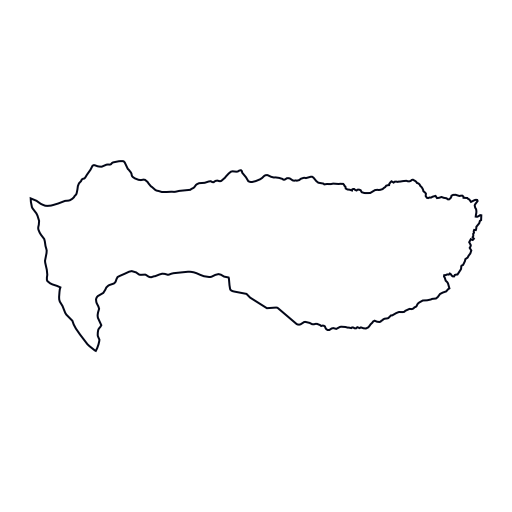 Othaya, Central, Kenya (Mercator projection)
{"feature_id": "3690345B44721723206287", "entity_name": "Othaya", "entity_type": "district", "adm_level": 2, "iso_a3": "KEN", "parent_name": "Kenya", "parent_adm1": "Central", "projection": "mercator", "projection_center": [36.828, -0.553], "detail": "fine", "context": "isolated", "style": "outline", "palette": "ink", "viewbox_px": 512, "rotation_deg": 0, "n_neighbors": 0, "source": "geoboundaries", "source_scale": "gbopen_adm2", "svg_char_len": 6028}
<svg xmlns="http://www.w3.org/2000/svg" viewBox="0 0 512 512"><path d="M97.2,348.1L98.5,344.4L99.3,340.9L99.4,339.7L97.9,336.2L97.7,335.1L97.8,332.5L98.2,330.0L98.8,328.7L100.4,326.8L101.3,325.2L97.9,317.8L97.7,316.5L97.6,315.2L98.0,312.6L99.1,308.8L98.4,306.5L96.7,303.2L96.3,301.9L96.0,299.4L96.4,298.1L97.0,297.0L97.8,296.1L103.3,292.9L105.3,289.7L106.3,287.5L108.1,285.8L109.2,285.1L113.9,283.5L114.8,282.7L115.6,281.7L116.5,279.1L117.6,277.0L120.0,275.8L124.6,273.8L129.1,271.7L131.7,271.1L136.1,272.4L139.0,274.5L140.0,274.8L141.5,274.8L145.2,274.6L146.1,275.0L148.5,276.6L149.8,277.1L151.3,277.2L154.0,276.3L155.1,276.2L159.4,274.5L162.2,273.7L164.8,273.9L167.9,274.8L169.0,274.6L171.4,273.7L173.5,273.2L188.3,271.7L190.7,271.8L193.7,272.3L196.5,273.2L200.1,274.8L203.8,276.2L209.1,277.0L210.3,277.0L211.6,276.7L215.3,274.9L218.5,274.1L220.9,274.7L224.1,276.6L228.6,277.5L228.9,278.5L229.5,285.3L230.0,288.4L230.3,289.6L231.4,290.6L232.8,291.2L234.5,291.6L246.5,293.9L250.1,297.6L266.9,308.2L275.3,307.6L276.9,307.6L277.9,308.1L296.7,324.1L298.1,324.6L299.5,324.6L300.6,324.3L304.2,322.0L305.4,321.9L309.6,322.9L312.1,324.2L313.9,324.3L315.4,323.9L317.1,323.9L320.1,325.1L321.2,326.0L322.4,325.6L323.7,325.7L324.9,326.4L325.5,328.0L326.3,329.2L327.6,330.0L329.3,330.0L331.6,328.5L333.3,328.1L336.3,328.9L339.8,327.0L341.1,326.7L345.5,327.0L347.6,327.6L348.8,327.6L351.3,328.1L352.1,327.4L353.2,327.5L354.7,328.3L356.1,328.3L357.3,327.2L359.6,328.1L360.9,327.4L363.6,328.3L365.9,328.5L368.2,327.4L369.2,326.3L370.6,324.3L372.3,322.7L373.1,321.5L374.6,320.7L377.0,321.7L379.5,322.0L380.6,321.6L381.5,320.6L382.4,320.3L383.3,319.3L384.7,318.7L387.2,318.4L388.3,318.1L391.0,315.4L392.2,315.4L396.0,313.2L397.6,312.5L399.0,312.0L402.7,312.1L404.3,311.8L405.3,310.8L409.5,308.9L411.6,309.1L412.8,308.8L413.8,308.1L414.5,307.3L415.7,306.9L416.5,306.2L417.4,304.3L418.3,303.2L419.4,302.4L422.8,300.5L427.1,300.3L430.8,299.5L432.1,298.9L436.0,298.5L437.8,297.0L440.0,294.0L442.7,292.6L446.2,291.4L448.1,289.2L449.4,288.4L448.0,283.4L447.2,282.1L445.7,280.7L444.8,277.8L444.0,276.5L444.2,275.2L445.8,275.1L447.2,274.4L448.8,274.6L449.8,273.5L450.8,274.2L451.7,275.6L452.8,276.4L454.1,276.4L454.8,275.0L456.1,274.6L457.5,274.5L460.9,269.3L461.2,268.0L461.2,266.7L461.5,265.7L463.1,264.9L464.9,261.2L465.4,259.1L467.6,257.6L468.6,255.7L470.3,253.5L471.3,250.5L469.7,247.9L470.5,246.5L470.8,245.2L469.2,242.2L470.8,239.2L471.7,239.7L472.7,240.0L473.9,238.7L472.6,237.2L473.3,235.9L473.2,233.8L474.0,232.7L473.7,231.3L474.2,229.9L475.8,230.1L476.2,228.8L476.4,226.7L479.2,223.3L479.9,220.9L481.1,220.1L481.3,215.3L480.2,215.1L478.5,216.2L477.1,216.8L475.7,216.6L476.0,214.3L476.3,213.1L476.4,211.1L476.1,209.2L475.2,207.7L474.7,205.5L475.0,204.5L477.6,201.0L477.2,200.0L476.0,199.8L474.6,200.1L471.0,201.9L469.3,199.5L468.0,198.8L467.3,198.0L463.5,197.8L463.4,196.6L462.4,195.7L460.9,195.7L459.4,196.0L455.6,194.8L453.1,194.9L451.5,195.7L451.2,197.0L450.5,198.2L449.0,199.4L447.7,199.3L446.6,198.3L443.7,197.8L441.5,197.0L439.1,197.8L437.0,198.1L435.5,195.9L432.6,196.7L431.0,197.6L429.5,197.5L428.1,198.1L426.9,197.8L425.7,196.1L425.9,193.6L425.2,192.7L423.4,191.2L423.1,189.9L422.5,188.5L421.5,187.0L420.2,185.8L419.7,184.6L418.5,183.5L416.9,182.9L416.3,181.9L415.4,181.1L412.9,179.7L411.7,180.0L410.7,180.9L409.5,181.3L407.9,181.3L406.3,180.8L403.0,181.1L399.9,181.6L398.8,181.6L397.7,181.9L396.2,181.6L394.7,181.7L393.6,182.6L391.5,181.3L390.6,182.1L389.3,183.8L389.1,185.1L387.9,185.2L386.2,185.7L385.2,187.1L383.8,188.0L382.6,189.1L380.0,189.9L378.5,190.0L377.4,189.8L375.0,190.1L370.2,193.0L366.0,193.1L364.3,193.0L361.7,192.2L360.6,190.2L358.9,189.6L357.5,189.7L356.6,190.5L355.3,190.0L354.1,189.0L353.1,189.0L352.2,189.5L352.0,190.5L349.6,189.7L347.5,189.5L345.7,188.5L345.4,186.6L344.6,186.0L344.0,184.8L343.2,183.9L340.2,183.8L338.6,184.0L333.2,183.6L330.8,184.1L326.9,184.0L324.3,184.4L323.4,183.6L318.3,182.7L316.3,181.1L313.6,177.8L312.3,176.8L311.0,176.7L305.9,178.1L304.6,177.8L303.5,177.9L300.8,178.8L299.2,180.1L296.8,180.7L295.8,180.4L294.2,180.7L292.7,180.4L289.9,178.5L288.8,178.2L287.0,178.2L284.6,179.7L283.4,179.7L282.4,178.9L279.1,177.9L275.5,177.4L273.8,177.5L271.1,176.8L267.5,175.1L266.1,175.1L264.9,175.5L263.9,176.2L262.2,177.9L260.1,179.3L255.7,181.1L252.1,182.0L250.7,182.0L249.5,181.7L248.3,181.2L246.0,177.3L242.2,172.7L241.9,171.2L240.9,170.2L239.2,170.6L237.8,171.5L236.5,171.7L232.5,171.3L230.9,171.7L228.7,173.5L225.8,176.6L225.1,177.6L221.3,180.9L220.2,181.2L219.1,181.1L217.5,180.6L215.9,180.8L214.6,181.4L213.7,182.2L212.3,182.1L210.7,181.2L208.7,181.5L204.7,182.8L199.1,183.2L197.1,184.1L196.0,184.9L194.3,187.2L193.5,187.9L191.3,189.0L190.3,189.8L179.2,190.9L175.7,191.7L174.2,191.9L171.6,191.7L166.7,192.0L161.8,192.0L158.6,191.0L157.0,190.7L155.5,190.1L152.1,187.1L150.9,186.3L148.5,183.4L147.6,182.0L145.1,179.9L143.6,179.6L140.9,180.1L138.5,179.8L134.9,178.4L132.8,177.0L132.1,176.2L131.7,175.1L131.5,173.8L130.9,172.5L128.7,169.7L127.8,168.9L124.7,162.4L123.6,161.3L122.4,161.1L119.1,161.2L113.1,162.4L111.9,163.1L111.0,164.2L109.9,164.6L107.7,164.5L106.4,164.7L101.7,166.7L99.6,166.6L97.7,166.3L94.6,165.2L93.5,165.2L92.5,165.8L90.5,169.7L86.9,174.8L85.2,177.6L84.3,178.5L83.2,178.7L81.8,179.5L81.0,181.2L79.0,183.3L77.9,186.0L77.4,189.6L76.7,193.0L76.2,194.4L74.5,196.2L73.9,197.3L72.3,198.8L70.0,200.2L68.5,200.6L65.0,200.9L58.2,203.5L53.2,205.0L50.9,205.6L47.3,205.9L45.1,205.7L42.6,204.7L40.7,203.8L36.5,200.8L30.7,198.4L30.9,201.9L31.9,207.0L32.5,208.3L36.4,213.4L37.5,215.7L39.1,220.9L38.8,224.8L38.3,226.9L38.2,228.2L38.4,229.6L39.7,232.7L41.0,234.8L44.2,239.0L44.8,241.3L45.5,246.0L46.4,249.2L46.7,250.6L46.5,253.2L45.0,260.8L45.2,262.7L46.8,269.8L47.3,274.8L46.9,277.5L46.9,279.9L47.4,281.1L50.1,283.3L52.4,284.4L57.0,285.9L60.4,287.4L59.8,289.4L59.5,291.7L59.1,296.9L59.2,299.4L59.8,301.6L62.5,306.0L65.2,312.8L66.3,314.6L72.4,320.8L73.7,324.5L75.9,328.6L80.0,334.5L87.4,344.2L89.4,346.1L94.8,350.4L95.8,350.9L97.2,348.1Z" fill="none" stroke="#020617" stroke-width="2"/></svg>